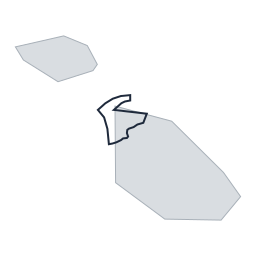 Mellieħa on a map of Malta (orthographic projection)
{"feature_id": "MLT-5925", "entity_name": "Mellieħa", "entity_type": "state/province", "adm_level": 1, "iso_a3": "MLT", "parent_name": "Malta", "parent_adm1": "", "projection": "orthographic", "projection_center": [14.362, 35.96], "detail": "fine", "context": "in_parent", "style": "outline", "palette": "slate", "viewbox_px": 256, "rotation_deg": 0, "n_neighbors": 0, "source": "natural_earth", "source_scale": "10m", "svg_char_len": 674}
<svg xmlns="http://www.w3.org/2000/svg" viewBox="0 0 256 256"><path d="M240.6,196.6L221.1,220.1L164.8,219.1L115.6,182.7L115.0,106.1L171.7,121.2L223.5,172.5L240.6,196.6ZM93.0,70.6L58.0,81.7L23.4,60.0L15.4,46.9L63.7,35.9L87.3,45.6L97.3,64.4L93.0,70.6Z" fill="#d9dde1" stroke="#a8b0b8" stroke-width="1"/><path d="M108.9,144.2L107.4,128.8L104.1,117.4L97.9,109.9L105.3,103.3L112.8,98.7L121.0,96.0L130.2,95.1L130.2,100.5L124.9,101.5L121.4,103.2L113.9,109.9L146.8,113.7L143.3,122.8L137.4,124.5L133.6,127.1L129.0,128.6L127.3,129.9L126.9,133.1L128.1,136.5L126.9,138.0L123.1,138.4L121.0,140.1L116.4,142.3L112.6,143.5L108.9,144.2Z" fill="none" stroke="#1e293b" stroke-width="2"/></svg>